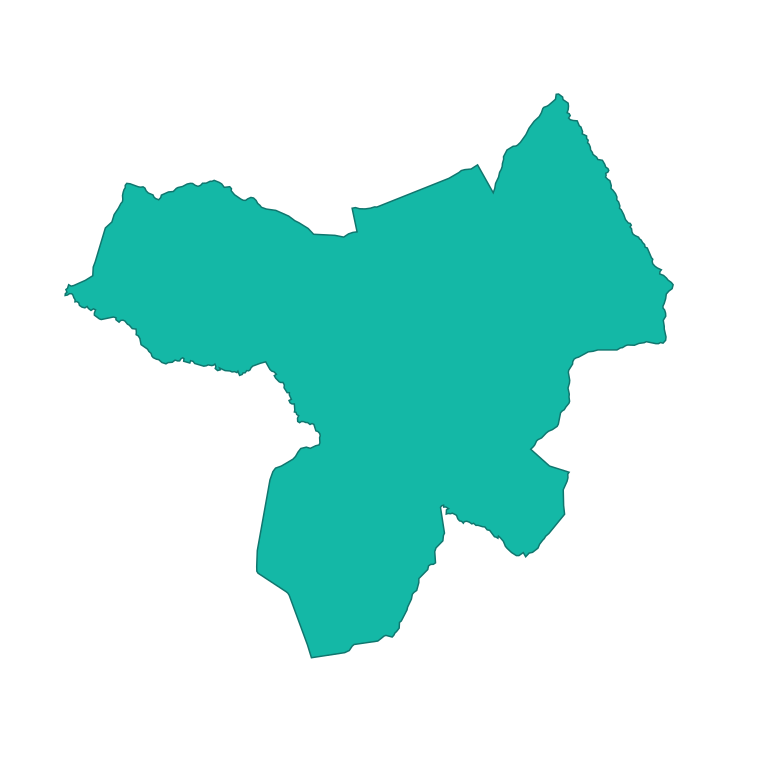 the district of Paraíso das Águas, Mato Grosso do Sul, Brazil, rotated 171°
{"feature_id": "56859067B51876233967063", "entity_name": "Paraíso das Águas", "entity_type": "district", "adm_level": 2, "iso_a3": "BRA", "parent_name": "Brazil", "parent_adm1": "Mato Grosso do Sul", "projection": "robinson", "projection_center": [-53.129, -19.185], "detail": "fine", "context": "isolated", "style": "filled", "palette": "teal", "viewbox_px": 768, "rotation_deg": 171, "n_neighbors": 0, "source": "geoboundaries", "source_scale": "gbopen_adm2", "svg_char_len": 6143}
<svg xmlns="http://www.w3.org/2000/svg" viewBox="0 0 768 768"><g transform="rotate(171 384 384)"><path d="M679.9,531.4L681.7,527.9L683.4,527.1L682.8,524.2L684.6,523.1L685.1,521.3L682.7,521.4L680.6,522.4L678.4,522.1L677.4,520.7L676.8,517.6L675.9,515.6L676.4,513.5L674.5,513.5L672.8,512.0L672.5,509.3L670.2,507.1L667.5,506.0L665.1,507.0L664.1,504.8L661.9,502.5L659.2,503.7L657.3,502.4L659.0,499.3L659.3,497.3L654.9,492.8L653.2,491.9L640.8,492.5L638.4,491.4L638.7,489.4L636.0,486.5L634.1,488.0L631.8,487.9L630.1,486.8L628.0,483.2L626.4,482.0L624.0,478.1L620.3,477.0L620.5,473.8L621.1,471.5L619.2,470.0L618.0,467.1L617.8,460.9L612.1,455.4L611.2,453.1L609.3,450.7L608.9,447.9L607.8,446.1L604.9,444.1L602.7,443.3L600.0,440.0L596.2,438.0L594.0,438.9L589.7,438.6L586.6,440.3L584.3,439.1L582.2,438.8L580.8,440.5L578.9,441.4L577.6,440.4L578.3,437.8L572.5,435.1L571.4,437.3L569.0,436.2L567.8,433.9L559.2,429.8L556.7,429.8L554.7,430.4L551.2,429.1L549.5,429.3L547.9,430.1L547.3,427.5L548.3,425.7L546.2,423.3L543.5,423.6L544.0,425.6L538.9,422.1L534.2,421.0L532.2,419.7L529.6,419.6L527.5,418.3L526.3,419.5L525.3,415.1L522.6,415.6L521.4,417.0L519.4,416.8L517.5,418.7L515.7,418.2L514.1,418.9L512.9,420.7L510.9,422.2L503.0,423.8L497.4,424.4L494.4,416.3L493.0,414.4L490.7,413.2L488.8,410.5L491.1,409.4L490.1,406.7L487.2,402.6L485.7,401.6L483.6,401.4L482.6,398.8L483.3,395.9L481.0,390.6L478.8,390.2L479.2,388.0L477.9,383.3L480.4,382.6L479.7,380.1L478.0,378.7L475.7,378.3L476.2,372.2L476.9,370.4L475.3,369.8L475.0,367.6L473.2,366.0L474.8,363.7L475.1,360.5L473.4,359.0L471.4,359.9L469.2,359.4L467.3,358.2L465.5,357.9L463.4,355.6L461.3,356.2L459.6,355.1L458.6,348.4L456.7,347.4L455.2,345.1L455.1,342.8L456.0,341.1L456.5,336.0L457.6,334.0L461.1,333.7L466.9,332.0L470.6,333.8L476.3,333.3L479.5,330.3L482.7,326.3L485.7,324.0L498.3,319.0L504.3,317.9L507.4,314.9L511.6,307.2L535.2,239.3L538.3,223.5L538.9,219.0L538.0,216.8L513.1,194.1L511.7,192.5L510.7,190.2L500.4,138.3L498.5,125.0L464.8,124.8L460.0,126.2L456.4,130.1L454.3,131.4L430.3,131.1L423.2,135.1L421.4,135.4L415.5,132.8L413.7,134.2L412.1,136.4L410.4,137.5L407.2,140.5L406.0,146.1L404.0,147.2L396.6,157.3L395.6,159.9L390.6,167.2L388.9,171.9L387.0,173.5L384.0,175.0L380.7,182.3L380.0,186.4L369.8,193.9L368.5,197.4L366.1,198.5L363.4,198.2L361.1,199.3L360.1,210.5L358.3,214.0L350.4,219.9L349.0,225.1L347.6,227.2L347.5,253.3L346.1,254.7L344.1,255.0L344.3,253.1L342.2,252.9L339.7,250.8L342.0,249.9L342.9,245.8L340.9,246.1L338.8,245.5L336.6,245.7L334.2,244.0L332.9,242.9L332.2,239.3L330.8,237.0L328.8,236.2L327.4,234.1L326.2,235.5L323.7,235.5L321.2,234.1L319.2,232.1L317.2,232.4L315.3,230.0L313.2,229.7L308.9,227.6L306.8,227.1L304.9,223.8L302.5,222.9L298.8,215.9L297.2,215.2L295.6,213.8L294.8,215.9L293.2,214.0L290.7,209.9L289.5,204.7L288.1,202.4L284.4,197.6L280.1,193.8L277.6,193.4L272.8,195.7L271.1,191.2L267.1,194.3L263.6,194.5L257.6,197.8L255.4,201.4L251.6,205.0L249.9,206.2L248.2,208.3L244.5,210.6L226.0,227.1L225.6,235.9L223.5,251.5L218.4,259.3L217.0,262.6L216.6,266.2L215.0,267.9L233.4,277.1L249.3,296.6L246.2,298.8L244.6,300.3L242.2,303.9L240.7,304.9L236.8,306.1L231.4,310.2L228.9,311.6L224.8,312.6L219.6,315.1L218.1,317.1L214.1,328.0L212.0,329.6L210.0,330.4L208.0,332.8L204.3,336.1L203.4,337.9L203.3,342.3L202.6,345.0L202.9,351.2L200.7,355.9L200.0,358.6L200.1,366.7L199.4,368.7L194.6,374.2L194.1,376.5L192.3,378.9L190.0,379.8L187.6,380.1L177.2,383.8L172.4,383.6L167.5,384.2L148.6,381.2L144.7,382.7L142.8,382.6L139.2,384.1L137.2,384.4L130.6,383.1L125.9,384.2L120.4,384.1L118.4,384.8L109.1,381.3L106.6,380.9L104.4,381.7L102.0,380.7L99.0,383.1L98.1,386.4L98.6,394.5L98.2,397.1L98.2,403.2L95.1,406.9L94.8,410.0L95.3,413.3L96.5,415.3L96.3,417.3L94.7,419.6L92.5,424.1L91.1,428.7L88.1,431.2L84.5,433.1L82.9,436.8L84.3,439.3L87.3,442.3L88.4,444.4L90.9,447.5L94.5,449.6L93.9,451.8L92.2,453.4L95.9,455.9L98.0,458.0L99.8,460.8L99.9,463.4L99.0,465.2L100.1,466.9L102.7,477.2L104.7,478.3L104.8,481.0L106.5,483.3L107.5,486.0L108.9,487.3L109.6,489.2L112.9,491.4L114.6,493.1L115.3,495.5L115.2,498.6L116.4,500.6L114.9,502.2L115.7,504.1L117.5,504.8L119.8,508.7L120.7,513.7L122.4,518.9L123.9,520.7L123.2,523.0L123.8,527.0L125.3,529.5L124.7,532.3L125.6,535.9L127.7,539.8L129.2,541.6L128.5,544.4L129.1,549.5L131.0,551.2L132.8,553.7L131.9,555.5L132.1,557.4L129.8,558.2L128.6,559.8L129.1,561.7L131.1,563.6L131.6,566.5L133.3,570.8L137.7,572.3L138.5,574.8L141.7,578.1L142.0,580.2L143.3,582.8L143.2,585.7L144.0,588.9L145.2,590.3L144.2,592.9L145.5,594.7L145.1,597.3L149.1,600.1L148.4,602.2L149.3,607.1L150.7,608.4L152.0,613.7L156.0,614.7L158.7,615.9L160.1,617.8L158.1,620.0L158.8,622.0L160.7,623.3L159.1,626.4L158.3,629.6L158.2,632.6L162.7,636.9L162.7,639.5L166.2,643.1L168.6,643.2L170.1,638.4L177.8,633.6L179.4,632.9L182.7,632.3L184.0,631.3L186.1,627.3L188.9,623.8L194.6,620.0L200.7,614.0L204.8,608.1L211.5,601.3L214.8,599.0L216.6,598.4L219.3,598.6L225.9,595.9L230.4,589.8L230.7,587.2L232.6,583.1L233.2,580.4L234.7,577.6L236.7,575.0L238.5,570.4L242.4,564.7L244.0,559.8L246.2,555.8L257.3,585.8L264.4,582.7L270.6,583.1L274.3,582.7L276.8,581.2L287.7,577.0L363.3,559.9L365.7,560.4L369.9,559.8L375.3,559.9L380.7,560.9L384.6,562.7L388.0,562.6L386.8,538.5L391.0,538.6L395.6,537.8L400.8,535.4L409.2,538.5L430.1,542.9L434.6,549.5L442.7,556.5L446.5,559.2L451.8,564.7L463.7,572.4L472.8,575.2L477.4,577.7L478.6,579.9L480.5,582.1L481.6,585.3L483.7,588.1L486.3,589.1L489.6,588.2L492.0,587.0L494.3,587.5L496.3,588.9L502.0,594.3L504.7,598.8L504.1,600.8L505.5,603.0L511.0,603.2L513.0,607.0L515.2,608.9L519.9,611.7L522.2,611.1L524.1,611.4L528.2,610.2L531.8,610.7L534.1,608.9L536.8,608.3L539.4,609.8L541.7,612.0L543.9,612.5L547.2,612.3L552.1,610.6L556.7,610.3L558.5,609.7L562.0,607.1L566.9,607.4L574.3,605.4L575.4,603.0L577.7,601.2L580.6,602.9L582.0,604.7L582.6,606.9L586.9,609.5L588.7,612.0L589.5,614.9L591.1,616.4L593.8,616.5L595.8,617.2L603.5,621.5L606.7,622.4L608.5,620.7L608.9,618.3L610.4,616.6L611.6,614.2L612.8,611.0L613.1,607.3L613.8,605.0L615.7,603.4L618.9,599.1L624.0,593.6L627.4,586.6L634.8,581.7L650.2,549.7L652.9,545.0L654.7,536.5L662.8,533.1L675.1,529.8L677.7,529.6L679.9,531.4Z" fill="#14b8a6" stroke="#0f766e" stroke-width="1.5"/></g></svg>